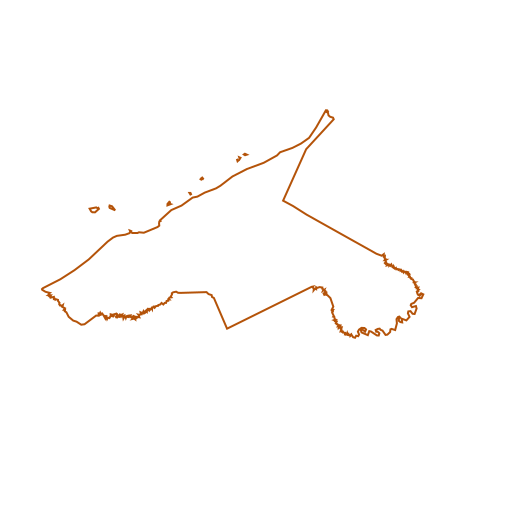 Sarmi, Papua, Indonesia, rotated 306°
{"feature_id": "22746128B27261093121909", "entity_name": "Sarmi", "entity_type": "district", "adm_level": 2, "iso_a3": "IDN", "parent_name": "Indonesia", "parent_adm1": "Papua", "projection": "mercator", "projection_center": [139.039, -2.532], "detail": "fine", "context": "isolated", "style": "outline", "palette": "amber", "viewbox_px": 512, "rotation_deg": 306, "n_neighbors": 0, "source": "geoboundaries", "source_scale": "gbopen_adm2", "svg_char_len": 6161}
<svg xmlns="http://www.w3.org/2000/svg" viewBox="0 0 512 512"><g transform="rotate(306 256 256)"><path d="M415.0,226.9L395.3,229.1L382.8,229.5L373.4,226.3L364.8,221.9L354.1,214.5L349.7,213.9L336.0,207.5L321.0,197.5L306.5,190.2L291.9,185.9L287.2,183.9L277.2,177.3L269.6,173.7L266.0,170.4L253.0,166.1L243.4,160.5L228.6,157.4L228.2,158.2L227.1,157.5L225.4,158.4L223.7,159.9L221.5,159.3L208.9,151.6L206.4,147.4L204.9,146.6L201.9,142.4L201.8,140.9L202.8,140.5L202.4,139.0L201.7,140.1L200.1,140.2L196.4,137.7L190.5,131.6L186.9,129.5L180.4,127.5L154.9,122.7L137.9,117.5L122.2,111.4L104.7,102.5L103.4,102.3L103.0,102.9L103.3,106.7L104.9,110.8L103.9,110.4L103.6,111.3L102.2,110.9L103.4,112.8L101.9,112.4L101.8,113.7L102.3,114.0L101.7,114.4L104.1,116.5L102.5,117.7L103.2,118.2L102.6,119.3L103.5,119.7L104.1,121.6L103.3,122.2L102.6,124.6L101.4,125.0L100.8,126.4L101.4,126.9L101.1,128.2L102.7,128.6L101.0,129.3L101.4,132.2L99.5,132.2L100.1,133.2L98.9,133.8L99.0,135.7L96.7,140.2L96.3,146.1L97.4,149.4L97.7,155.0L100.0,157.4L113.9,161.7L115.2,163.8L117.1,162.4L117.5,163.2L116.1,163.8L117.1,165.0L117.7,164.7L117.5,163.5L118.6,163.3L117.9,164.7L119.1,165.3L118.2,167.9L119.0,169.6L117.6,169.2L116.7,171.2L118.7,171.0L117.5,172.6L119.0,172.4L119.6,173.9L122.2,173.6L123.4,172.7L123.7,173.5L122.4,174.2L123.2,176.1L123.9,176.1L123.7,175.0L124.3,174.6L127.3,176.9L126.6,178.3L124.5,178.4L124.2,179.0L124.7,179.8L126.5,179.2L125.9,180.2L126.3,181.0L127.3,180.0L128.6,180.2L127.9,181.9L129.0,181.5L129.8,182.0L128.4,182.2L128.2,182.9L130.0,184.1L128.7,184.3L127.5,185.5L129.9,185.2L130.3,185.8L129.4,187.1L131.2,186.6L133.1,188.1L131.0,187.5L131.8,189.0L133.5,188.6L134.3,189.5L133.0,189.8L133.0,191.4L135.5,192.1L135.6,192.9L135.1,193.1L134.0,192.1L134.3,193.6L132.7,193.3L133.7,194.2L133.7,195.5L135.2,194.0L135.1,195.7L135.7,195.9L136.4,194.9L137.8,197.5L138.2,196.6L139.0,196.6L139.4,195.3L139.9,196.5L140.9,196.6L141.6,197.8L142.3,197.6L141.9,196.5L142.6,195.7L143.1,197.8L145.0,197.5L143.8,199.2L145.5,199.9L145.5,200.7L146.0,198.8L147.8,199.2L146.8,199.7L146.7,200.5L147.8,199.8L149.3,201.0L150.0,200.0L150.5,200.7L149.5,201.8L152.3,202.1L151.9,203.1L153.2,202.2L153.7,202.9L154.9,202.8L155.7,204.0L154.7,203.4L154.5,204.4L156.6,204.5L158.2,206.1L158.9,205.8L160.4,207.0L162.5,207.2L162.3,209.5L164.4,209.7L165.2,210.8L167.1,210.1L168.2,211.3L169.3,210.5L169.9,211.4L170.1,210.5L171.4,210.4L172.8,211.8L173.0,210.9L175.6,210.6L176.4,209.8L177.9,210.3L180.2,212.4L180.4,214.5L181.7,216.5L197.7,237.2L197.3,240.0L198.3,243.1L197.0,244.5L197.3,246.6L180.2,275.3L263.7,319.1L264.8,320.1L264.1,320.1L263.4,322.1L262.2,322.8L264.2,322.9L264.5,324.2L266.1,323.1L266.2,324.3L268.2,325.7L269.5,328.2L268.5,328.8L268.7,330.3L267.4,330.6L268.9,331.2L267.6,331.5L268.6,331.6L268.4,332.8L267.3,332.9L268.0,334.3L267.4,334.8L266.9,333.6L265.8,333.8L265.3,333.0L264.7,334.1L266.3,335.0L265.8,335.4L266.3,336.7L265.7,340.9L260.5,348.3L257.3,348.8L257.8,349.9L256.5,349.7L256.8,351.5L256.1,350.3L255.0,350.8L253.2,354.2L252.4,354.2L252.8,355.1L251.3,356.7L251.4,357.9L250.0,356.9L250.3,358.1L249.8,358.4L249.2,357.3L250.4,359.8L248.5,360.1L248.6,361.1L247.6,360.7L248.7,361.7L248.5,363.4L247.8,363.5L248.6,364.0L247.3,364.6L248.5,365.1L247.2,365.5L248.6,365.9L247.5,366.8L248.4,367.4L244.9,368.7L245.9,369.4L245.2,370.0L245.9,370.8L245.2,371.4L246.2,373.2L245.1,373.9L245.9,374.4L245.3,375.1L245.9,375.6L246.1,374.7L246.6,375.4L247.2,375.2L246.7,375.9L247.2,376.4L246.2,377.0L246.5,377.6L247.0,377.2L246.8,378.3L248.3,378.9L247.4,379.4L248.4,379.6L247.4,382.3L248.1,384.2L250.4,383.9L251.2,385.8L253.0,385.6L254.7,382.9L257.0,382.6L259.9,383.6L261.5,386.1L261.3,388.2L259.0,388.7L259.0,384.8L257.4,384.7L256.2,386.3L257.7,393.0L261.8,391.8L262.5,393.4L262.8,400.5L263.8,402.0L266.0,401.2L266.3,398.8L265.4,397.8L266.5,396.3L268.6,397.4L269.9,398.7L269.5,400.2L270.0,402.2L268.3,407.2L269.6,408.5L273.3,409.2L275.7,407.9L276.7,408.5L277.9,412.1L284.3,409.6L287.5,406.8L290.0,406.7L291.2,407.5L291.0,408.7L288.7,408.7L287.5,409.7L287.4,411.6L288.2,413.3L290.9,410.7L292.3,415.5L297.0,416.0L298.9,412.6L300.7,411.8L302.2,413.4L301.3,416.6L302.3,418.4L307.9,416.8L309.5,414.8L306.3,412.3L307.1,410.1L308.5,409.8L311.1,411.4L317.3,411.8L319.1,414.7L323.3,413.9L323.0,412.2L322.0,413.3L322.5,412.6L322.1,411.8L321.0,411.8L321.8,411.3L319.8,410.4L320.3,408.9L321.3,407.6L322.4,407.8L322.2,407.2L324.4,407.5L324.2,407.0L323.4,407.3L323.6,406.6L325.8,405.9L324.9,405.1L325.9,404.9L325.1,404.7L324.7,403.7L326.0,403.7L325.7,402.7L326.3,401.7L326.9,401.8L326.9,400.5L327.6,399.8L328.2,400.1L327.5,399.0L329.1,398.5L328.3,398.4L329.2,396.8L328.7,395.1L329.4,394.7L328.9,393.9L329.7,392.8L329.2,392.1L330.0,392.0L330.1,390.7L330.8,390.9L330.6,390.1L331.3,390.1L330.9,389.4L331.8,389.0L331.1,388.1L332.1,388.1L331.6,386.9L330.6,387.2L331.5,385.7L330.9,386.3L330.6,385.2L329.7,385.2L330.2,384.5L329.5,384.5L329.8,383.3L329.2,383.1L330.0,381.7L329.1,381.4L329.8,380.7L329.3,379.5L328.5,379.5L328.4,378.0L327.6,378.0L328.2,377.8L327.7,377.3L328.6,376.2L327.3,375.7L327.3,374.1L327.9,374.6L328.4,373.6L327.7,373.9L327.5,372.9L328.3,372.8L327.8,372.0L328.7,370.5L327.2,370.5L327.4,369.7L326.5,369.5L327.3,368.9L325.7,367.7L327.0,367.6L326.8,365.5L325.8,365.6L326.0,364.4L327.7,364.6L328.3,363.2L329.2,363.5L328.6,362.8L329.7,363.0L329.4,361.8L331.1,360.7L330.3,360.6L330.4,359.8L332.6,358.3L330.1,357.5L328.6,352.1L319.2,272.6L318.2,256.6L316.7,245.4L371.9,233.8L412.3,238.5L413.2,237.0L412.2,234.1L412.4,232.0L414.3,229.9L414.0,228.7L415.2,229.2L415.7,228.1L415.0,226.9ZM201.4,98.2L196.5,93.6L195.2,96.4L195.2,97.9L196.7,100.1L201.8,101.2L202.3,100.2L201.5,99.9L201.4,98.2ZM210.8,107.9L209.6,108.4L208.9,109.4L210.2,115.2L211.6,110.3L210.8,107.9ZM248.9,154.0L246.1,153.8L244.9,154.6L247.8,156.5L247.5,155.5L248.9,154.8L248.9,154.0ZM332.6,189.0L332.2,186.9L331.0,186.5L331.1,187.9L332.6,189.0ZM287.8,166.4L285.6,166.0L285.6,166.5L286.4,166.2L286.8,167.7L287.5,167.7L287.8,166.4ZM267.9,165.1L267.2,166.8L267.8,167.1L268.5,165.9L267.9,165.1ZM325.0,185.8L326.3,185.7L326.0,184.4L325.0,185.8ZM322.8,185.6L323.2,184.5L322.7,184.2L321.8,185.4L322.8,185.6Z" fill="none" stroke="#b45309" stroke-width="2"/></g></svg>